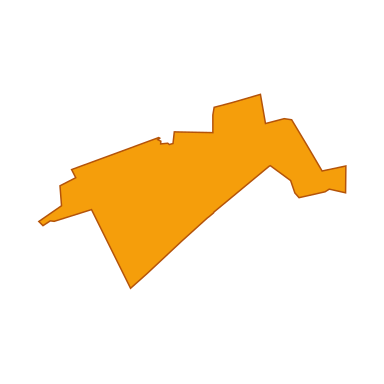 Aconchi, Sonora, Mexico (Natural Earth projection), rotated 349°
{"feature_id": "50627088B4605568990121", "entity_name": "Aconchi", "entity_type": "district", "adm_level": 2, "iso_a3": "MEX", "parent_name": "Mexico", "parent_adm1": "Sonora", "projection": "natural_earth1", "projection_center": [-110.211, 29.784], "detail": "fine", "context": "isolated", "style": "filled", "palette": "amber", "viewbox_px": 384, "rotation_deg": 349, "n_neighbors": 0, "source": "geoboundaries", "source_scale": "gbopen_adm2", "svg_char_len": 833}
<svg xmlns="http://www.w3.org/2000/svg" viewBox="0 0 384 384"><g transform="rotate(349 192 192)"><path d="M109.7,261.7L113.3,274.8L132.0,263.7L172.8,238.1L202.3,220.3L204.0,219.5L209.2,216.6L209.8,215.8L210.0,215.7L214.2,213.4L272.7,181.4L273.9,181.1L291.0,199.6L292.8,212.6L296.0,218.0L322.7,217.2L327.2,215.4L327.3,215.4L342.6,222.1L348.0,195.8L323.7,196.2L313.5,167.3L303.6,140.1L296.5,137.6L277.2,138.8L277.8,109.2L248.3,111.9L229.9,113.1L227.2,120.3L226.9,121.7L223.8,137.7L187.9,130.0L187.6,129.9L187.3,129.8L186.1,129.6L182.6,140.8L180.6,140.9L179.9,141.0L178.8,141.1L177.5,139.5L170.4,138.8L171.1,136.2L168.4,134.1L170.6,133.0L169.7,132.2L78.1,147.0L80.6,155.8L63.6,160.7L61.3,180.6L36.0,191.7L39.3,196.6L47.4,193.3L51.1,194.5L90.0,190.1L99.6,225.0L109.7,261.7Z" fill="#f59e0b" stroke="#b45309" stroke-width="1.5"/></g></svg>